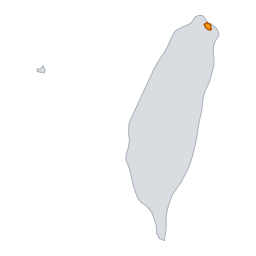 location of Keelung City within Taiwan
{"feature_id": "TWN-1164", "entity_name": "Keelung City", "entity_type": "Provincial City", "adm_level": 1, "iso_a3": "TWN", "parent_name": "Taiwan", "parent_adm1": "", "projection": "equal_earth", "projection_center": [121.703, 25.114], "detail": "fine", "context": "in_parent", "style": "filled", "palette": "amber", "viewbox_px": 256, "rotation_deg": 0, "n_neighbors": 0, "source": "natural_earth", "source_scale": "10m", "svg_char_len": 1225}
<svg xmlns="http://www.w3.org/2000/svg" viewBox="0 0 256 256"><path d="M172.8,193.7L169.7,201.6L167.2,209.9L166.1,217.8L166.2,226.0L165.5,233.4L164.2,240.6L159.3,238.5L156.7,233.3L156.1,224.8L152.6,214.4L151.2,211.5L146.2,205.7L141.5,202.8L137.9,198.6L138.4,198.9L135.8,193.2L133.8,187.1L129.7,169.7L128.3,165.6L126.4,161.7L125.8,158.0L126.5,153.8L128.3,147.5L129.5,141.2L128.6,132.6L129.0,124.1L130.3,120.3L154.1,68.7L160.5,57.8L164.4,52.4L167.7,46.3L170.9,38.7L174.7,31.7L177.4,29.5L190.9,23.2L195.1,17.2L198.5,15.4L202.3,15.5L204.8,18.3L207.0,21.7L209.3,23.6L215.2,26.9L217.8,30.1L219.0,35.6L215.4,40.9L213.6,45.6L213.3,50.8L213.9,57.9L214.0,65.0L209.5,81.7L204.6,92.1L203.2,97.3L201.8,110.2L198.9,123.1L196.4,139.5L192.4,156.4L190.1,163.5L187.3,170.3L180.5,183.1L172.8,193.7ZM43.0,65.8L45.2,70.3L44.2,73.0L37.3,71.6L37.0,68.9L39.6,69.4L43.0,65.8Z" fill="#d9dde1" stroke="#a8b0b8" stroke-width="1"/><path d="M207.1,22.5L207.3,22.8L207.5,23.0L207.8,23.4L208.5,23.7L210.7,24.3L210.6,27.1L210.6,27.8L211.3,28.7L211.3,29.2L210.8,29.7L210.0,30.0L209.0,29.8L207.0,28.8L206.5,28.3L205.8,27.5L205.2,26.7L204.9,25.9L204.4,25.1L204.3,24.4L204.9,23.9L206.2,23.2L207.1,22.5Z" fill="#f59e0b" stroke="#b45309" stroke-width="1.5"/></svg>